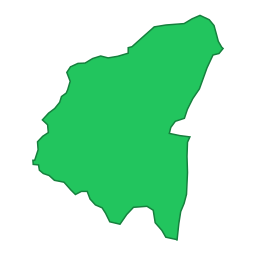 outline of Nässjö, Jönköping, Sweden
{"feature_id": "70781695B63607124803210", "entity_name": "Nässjö", "entity_type": "district", "adm_level": 2, "iso_a3": "SWE", "parent_name": "Sweden", "parent_adm1": "Jönköping", "projection": "mercator", "projection_center": [14.674, 57.636], "detail": "fine", "context": "isolated", "style": "filled", "palette": "green", "viewbox_px": 256, "rotation_deg": 0, "n_neighbors": 0, "source": "geoboundaries", "source_scale": "gbopen_adm2", "svg_char_len": 1098}
<svg xmlns="http://www.w3.org/2000/svg" viewBox="0 0 256 256"><path d="M189.9,136.9L179.8,135.6L169.3,133.4L170.8,127.4L175.3,121.3L184.4,118.3L187.4,109.3L192.7,98.7L199.4,88.9L203.2,78.4L207.0,67.8L213.0,55.0L219.0,53.5L223.1,48.5L221.7,47.2L218.3,41.4L216.4,34.2L214.0,25.5L209.2,19.7L200.0,15.4L192.3,18.7L184.1,23.6L165.8,25.0L154.2,26.9L141.7,38.0L132.0,46.7L128.2,47.7L128.2,53.2L117.7,56.3L108.1,57.9L100.7,56.0L92.7,58.5L85.0,63.1L77.9,63.4L70.5,66.8L66.8,72.4L70.2,81.3L67.7,89.7L66.2,93.1L61.5,96.5L59.7,102.3L54.7,108.5L48.6,113.1L42.4,119.9L47.6,124.8L48.3,132.6L42.7,136.3L37.5,141.8L38.1,149.8L34.7,160.3L32.9,160.3L33.2,164.4L38.5,164.9L39.4,170.2L43.3,173.5L49.1,175.5L54.4,180.3L64.0,182.2L70.8,189.9L75.4,194.5L81.4,191.4L87.2,191.4L90.1,199.1L95.4,204.9L102.1,207.8L105.5,213.1L109.8,221.8L120.0,224.2L126.7,214.5L133.5,207.3L147.0,206.3L153.2,210.2L155.2,222.7L161.9,230.4L165.8,237.2L176.9,239.6L177.0,240.6L178.8,223.7L180.7,211.6L184.1,203.4L186.5,194.3L187.0,183.2L187.5,172.6L187.0,156.2L187.5,142.2L189.9,136.9Z" fill="#22c55e" stroke="#15803d" stroke-width="1.5"/></svg>